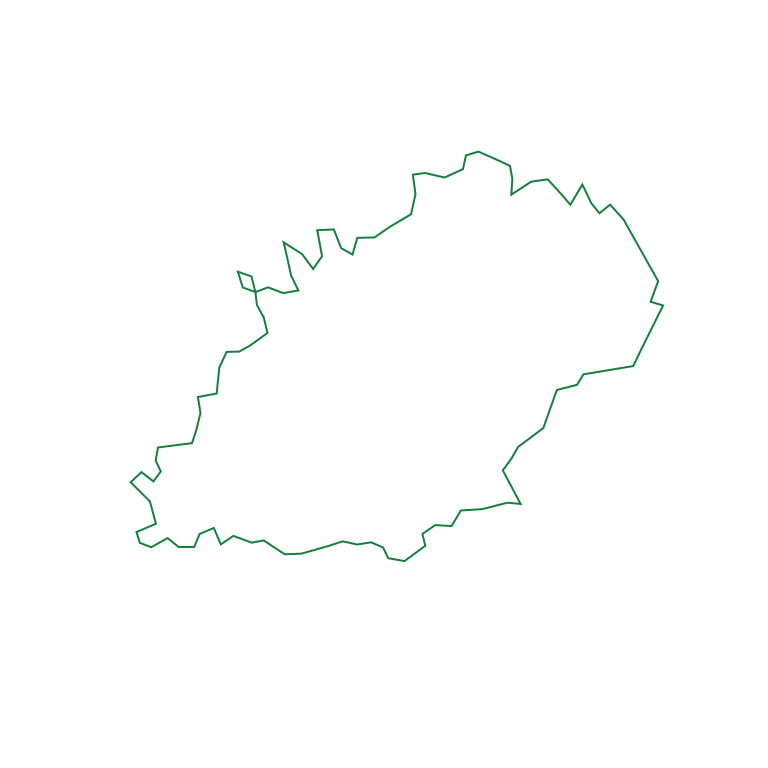 Iracema do Oeste, Paraná, Brazil, rotated 231°
{"feature_id": "56859067B2510798775260", "entity_name": "Iracema do Oeste", "entity_type": "district", "adm_level": 2, "iso_a3": "BRA", "parent_name": "Brazil", "parent_adm1": "Paraná", "projection": "mercator", "projection_center": [-53.343, -24.432], "detail": "fine", "context": "isolated", "style": "outline", "palette": "green", "viewbox_px": 768, "rotation_deg": 231, "n_neighbors": 0, "source": "geoboundaries", "source_scale": "gbopen_adm2", "svg_char_len": 1425}
<svg xmlns="http://www.w3.org/2000/svg" viewBox="0 0 768 768"><g transform="rotate(231 384 384)"><path d="M536.4,341.9L525.4,335.0L511.3,332.4L497.0,325.6L498.2,304.0L500.3,291.9L508.0,281.9L500.3,266.2L481.9,248.0L491.0,231.2L476.9,223.1L465.8,208.4L458.9,197.6L476.9,168.4L468.2,158.4L456.5,155.5L453.4,143.5L468.2,140.0L467.0,125.3L440.0,128.2L418.9,118.8L424.7,98.5L414.2,94.3L403.6,100.4L400.5,118.8L386.4,121.9L376.8,134.0L383.5,146.4L379.2,161.1L362.0,156.3L360.8,171.3L344.0,181.3L338.1,192.1L314.1,199.7L304.1,213.1L293.1,238.8L287.8,252.8L276.1,262.2L269.1,274.3L257.6,280.4L245.9,277.7L233.5,288.5L232.3,314.3L243.3,319.5L242.1,335.0L231.1,347.1L237.3,364.2L224.9,381.6L214.1,405.2L204.8,414.7L242.1,422.0L245.9,436.2L250.7,448.6L249.5,480.1L270.6,514.6L261.9,533.5L266.0,545.1L241.1,589.0L248.3,604.2L269.4,650.3L280.1,642.9L291.4,661.8L361.3,673.7L381.1,672.6L381.1,658.9L394.1,658.9L414.2,663.7L406.0,641.6L418.9,641.3L440.0,640.0L448.6,625.8L451.0,602.1L462.7,612.9L474.2,619.2L485.5,613.7L505.1,603.7L510.1,591.6L501.3,580.6L506.3,561.1L522.3,548.5L528.5,538.2L511.8,528.0L498.9,511.9L502.5,487.5L503.9,468.8L514.4,455.2L504.4,441.0L516.6,436.2L535.7,442.3L545.5,428.9L522.3,416.3L518.0,401.3L536.4,402.1L557.3,395.2L542.4,387.9L527.1,380.2L510.6,376.3L518.0,362.9L532.1,354.7L536.4,341.9ZM536.4,341.9L551.0,348.7L563.2,341.1L547.9,335.0L536.4,341.9Z" fill="none" stroke="#15803d" stroke-width="2"/></g></svg>